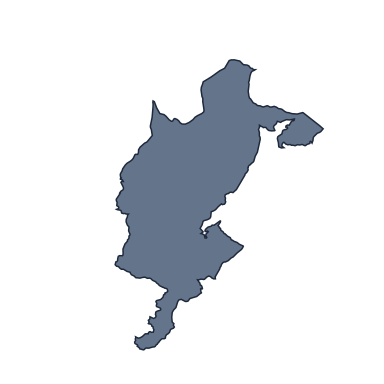 Albán, Cundinamarca, Colombia (orthographic projection), rotated 230°
{"feature_id": "7082276B79549864152225", "entity_name": "Albán", "entity_type": "district", "adm_level": 2, "iso_a3": "COL", "parent_name": "Colombia", "parent_adm1": "Cundinamarca", "projection": "orthographic", "projection_center": [-74.45, 4.893], "detail": "fine", "context": "isolated", "style": "filled", "palette": "slate", "viewbox_px": 384, "rotation_deg": 230, "n_neighbors": 0, "source": "geoboundaries", "source_scale": "gbopen_adm2", "svg_char_len": 6045}
<svg xmlns="http://www.w3.org/2000/svg" viewBox="0 0 384 384"><g transform="rotate(230 192 192)"><path d="M105.5,51.1L102.3,53.3L102.0,54.1L102.2,55.8L102.0,56.5L100.1,58.6L98.5,62.3L97.6,63.5L97.4,64.6L97.9,66.2L97.7,67.6L98.2,68.4L98.1,69.7L98.5,70.7L98.9,73.4L98.8,74.8L97.4,76.5L97.2,77.7L98.4,78.9L99.1,80.8L98.8,82.4L98.9,84.4L100.3,86.9L100.4,87.9L99.6,90.2L99.9,91.7L101.9,92.1L102.8,93.5L104.9,93.2L105.8,93.7L109.1,96.0L112.4,99.4L113.4,101.9L113.8,105.4L117.1,110.5L117.7,112.2L117.5,113.2L116.6,114.8L112.5,116.5L111.8,117.2L111.0,118.7L111.7,122.0L108.9,128.5L108.9,133.1L108.7,134.0L108.7,134.4L109.8,134.7L112.2,136.2L112.3,136.7L111.3,137.3L111.2,137.8L111.6,138.1L113.7,139.0L114.7,139.0L115.3,138.5L117.2,139.5L119.1,139.5L120.1,139.9L120.6,139.6L121.3,139.8L120.4,140.7L119.4,143.0L117.4,144.8L117.1,145.5L117.3,149.1L116.8,150.9L115.4,151.7L113.2,152.0L111.6,152.7L110.4,154.1L112.1,155.2L115.3,163.9L116.1,164.8L116.5,166.4L117.6,168.1L117.9,169.8L118.0,170.7L117.6,171.8L116.9,172.6L116.1,175.7L116.3,179.6L115.8,181.8L116.3,187.2L116.2,193.0L116.7,194.9L117.5,196.5L117.8,196.5L121.5,194.7L124.4,194.1L127.0,192.6L129.1,192.0L130.1,191.3L132.4,192.0L135.4,190.8L138.6,190.5L139.5,189.9L141.7,190.2L144.1,189.5L145.5,190.3L146.6,190.3L146.8,190.0L147.5,190.3L149.5,190.3L150.6,194.2L151.3,195.1L151.8,195.0L152.3,188.2L152.5,187.4L153.7,186.1L153.5,184.7L154.8,181.7L154.8,179.2L154.3,177.4L153.6,176.8L153.2,176.8L152.7,177.3L152.0,178.9L151.1,178.9L150.9,176.1L150.2,174.9L149.3,174.3L147.7,174.2L147.5,173.3L148.4,172.4L151.2,173.8L153.6,172.9L154.4,172.2L154.3,174.9L158.9,174.8L160.3,178.6L162.4,181.6L162.4,182.6L160.9,186.0L160.3,188.6L160.9,190.3L164.5,194.0L163.7,196.3L163.3,198.7L163.9,202.5L164.0,206.9L162.9,207.1L161.9,208.9L161.9,209.7L162.8,211.5L164.2,212.0L165.9,213.8L167.4,214.2L168.5,215.7L168.0,218.0L167.4,218.9L167.4,220.9L166.5,222.1L165.2,223.0L165.3,227.5L170.9,243.3L171.6,244.1L171.9,246.9L172.5,248.5L172.8,249.2L174.6,250.3L174.7,251.0L175.4,251.6L175.7,252.9L175.4,254.5L175.7,255.4L175.6,258.0L175.9,259.2L178.7,263.3L180.5,267.7L188.5,278.1L190.3,279.4L191.6,279.6L194.3,281.9L197.2,283.2L198.3,285.4L199.8,286.6L198.8,287.0L197.8,287.1L196.6,288.0L195.5,288.0L194.7,289.4L193.9,290.1L191.2,290.0L189.6,290.5L187.6,292.3L185.9,294.6L185.9,295.1L188.8,295.9L189.7,296.6L190.0,297.4L190.1,300.4L191.3,302.8L188.3,304.7L188.3,306.0L186.8,310.7L184.3,313.3L182.1,317.4L181.4,316.6L181.3,315.8L182.0,314.4L182.1,313.4L180.7,309.5L181.9,308.2L182.2,306.9L182.1,306.3L181.4,305.6L180.4,306.7L179.3,306.1L179.5,304.1L180.1,303.3L180.7,301.5L180.5,300.7L178.7,298.1L179.2,294.1L179.1,293.1L178.0,291.7L174.3,289.9L170.8,287.5L168.3,288.8L166.9,290.9L169.0,290.4L169.9,290.7L170.8,291.9L171.3,293.9L170.6,294.5L168.5,294.6L166.6,295.7L165.3,297.7L163.9,298.2L162.9,299.5L161.2,300.7L160.5,303.1L158.7,304.8L157.7,306.9L155.0,308.2L154.6,308.8L154.5,310.8L153.4,313.5L154.4,314.3L154.7,315.1L154.3,315.6L152.3,315.4L153.8,317.9L155.6,319.7L156.1,320.9L156.5,325.8L155.7,327.8L155.5,329.5L156.1,333.1L160.7,332.4L181.2,328.1L181.7,327.8L184.1,322.7L187.7,319.0L190.7,317.0L192.0,315.7L194.1,314.8L197.4,314.1L198.6,313.4L200.4,311.8L202.8,311.2L204.9,309.9L205.7,308.0L206.9,306.4L208.9,305.6L209.8,305.0L211.2,301.5L211.9,300.8L214.2,299.6L216.2,297.7L218.3,297.5L220.9,296.2L225.6,296.7L226.8,296.4L228.7,297.1L233.0,299.8L237.8,304.9L239.8,306.0L240.4,307.3L243.7,311.1L245.4,313.8L245.9,315.7L245.2,317.8L245.1,319.0L246.2,317.7L247.8,317.7L248.6,316.9L249.5,316.5L252.2,316.6L253.8,315.8L256.5,313.2L261.6,312.8L266.0,309.4L267.9,307.1L268.8,305.0L265.8,296.5L267.0,291.3L267.8,280.6L269.2,271.4L267.6,269.1L266.3,266.6L264.3,264.5L258.5,260.9L257.6,260.8L256.1,260.0L254.4,258.4L246.9,253.8L245.8,252.4L245.8,250.0L247.0,245.1L247.3,242.4L246.8,239.3L247.1,234.5L248.3,230.5L250.3,228.2L252.5,227.4L255.0,227.6L257.2,227.2L259.3,226.1L259.6,225.0L258.8,222.8L259.4,221.7L262.1,220.9L266.8,220.8L269.3,220.3L272.7,217.8L279.1,219.0L285.4,221.2L286.8,220.7L285.9,219.7L284.2,218.6L281.9,216.5L274.7,209.3L269.3,202.5L268.2,201.7L266.0,201.0L260.8,197.9L259.4,190.5L259.3,189.2L259.9,187.2L259.7,181.0L258.7,178.2L256.7,176.4L255.7,174.6L257.1,173.1L257.2,172.2L255.7,169.0L255.2,167.0L255.2,164.8L255.8,160.6L255.5,158.0L254.3,153.8L253.2,152.2L252.0,149.0L251.3,148.1L249.0,146.7L248.4,146.9L248.2,145.7L247.8,145.4L247.3,145.9L245.9,146.4L244.2,146.1L245.4,144.8L245.0,143.7L240.0,142.5L238.6,141.7L238.0,140.5L238.3,137.9L237.7,136.0L237.3,136.3L236.9,135.4L235.1,129.3L233.9,128.4L232.2,128.0L229.9,125.6L228.0,126.2L226.8,125.6L226.6,124.5L227.2,123.1L226.5,123.4L224.0,125.5L223.2,125.6L221.1,124.6L219.6,125.5L218.7,126.8L217.4,127.4L216.0,129.0L215.9,128.1L214.3,126.2L213.3,124.0L211.4,122.3L208.2,121.2L205.7,121.2L203.0,118.5L199.4,117.3L199.0,116.9L198.7,115.3L197.8,114.7L196.9,113.5L196.7,111.7L195.8,110.9L195.3,107.3L192.7,102.5L188.9,99.5L188.0,98.4L187.9,97.8L189.8,95.6L190.1,94.2L188.5,92.0L187.4,91.1L187.0,89.8L187.4,88.7L185.7,86.4L183.7,86.5L182.2,87.7L179.9,87.8L178.3,88.2L176.8,89.9L172.9,91.2L170.3,93.0L169.3,92.6L167.6,92.4L165.0,93.6L162.4,93.9L159.4,96.9L158.3,99.3L156.9,101.3L154.6,102.3L153.3,104.2L151.6,104.9L149.8,105.0L146.5,106.5L145.1,106.4L143.3,106.9L141.3,106.9L137.9,108.3L137.1,109.0L136.2,109.1L134.3,110.5L133.1,110.5L132.4,110.1L131.5,109.5L131.4,108.0L132.0,106.3L131.2,105.6L131.4,104.1L130.0,102.1L129.8,99.9L129.8,98.8L131.5,95.3L131.5,94.4L131.2,93.9L128.9,93.3L128.2,91.9L127.1,91.2L123.7,93.0L122.6,92.9L121.9,92.3L122.0,91.3L123.1,88.8L123.3,87.1L121.6,85.2L120.1,84.8L119.5,83.7L119.4,82.7L119.9,81.2L123.4,79.6L121.8,78.0L121.8,76.1L119.8,75.5L119.3,74.0L118.7,74.2L117.4,75.5L115.8,75.5L115.0,75.0L113.8,75.5L112.4,74.6L111.0,74.3L109.5,72.3L110.6,70.7L112.0,70.1L112.3,69.5L112.2,68.2L111.5,67.4L113.4,65.0L113.2,61.0L113.7,58.4L114.7,56.8L117.3,55.7L116.4,55.2L115.9,54.1L114.5,53.4L113.9,51.6L113.2,51.1L112.4,51.0L110.0,51.9L109.3,51.7L109.1,50.9L106.4,51.5L105.5,51.1Z" fill="#64748b" stroke="#1e293b" stroke-width="1.5"/></g></svg>